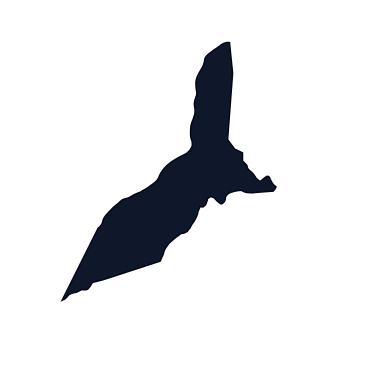 Paix Bouche, Micoud, Saint Lucia, rotated 294°
{"feature_id": "8701671B34451908876457", "entity_name": "Paix Bouche", "entity_type": "district", "adm_level": 2, "iso_a3": "LCA", "parent_name": "Saint Lucia", "parent_adm1": "Micoud", "projection": "albers", "projection_center": [-60.94, 13.815], "detail": "fine", "context": "isolated", "style": "filled", "palette": "ink", "viewbox_px": 384, "rotation_deg": 294, "n_neighbors": 0, "source": "geoboundaries", "source_scale": "gbopen_adm2", "svg_char_len": 4107}
<svg xmlns="http://www.w3.org/2000/svg" viewBox="0 0 384 384"><g transform="rotate(294 192 192)"><path d="M230.9,266.6L231.1,266.0L231.5,264.2L231.6,263.7L233.3,260.9L236.1,257.4L236.9,256.8L237.1,256.0L237.2,255.1L236.7,254.0L235.4,253.2L234.1,252.4L231.2,251.0L230.3,250.6L229.4,249.7L229.7,247.7L230.0,247.0L230.7,245.0L232.8,241.5L233.9,239.4L234.6,237.1L235.3,235.0L235.5,234.5L236.2,233.2L236.8,232.6L238.6,231.3L239.5,229.1L240.3,227.2L240.6,225.7L248.3,222.2L248.5,213.6L254.3,203.2L317.0,180.8L326.4,175.4L343.7,165.5L343.4,164.6L343.3,164.0L342.9,163.4L342.7,163.0L342.5,162.8L341.5,161.5L340.5,160.5L339.2,159.4L337.4,158.3L335.7,157.4L333.1,155.9L330.5,154.2L328.6,153.2L326.8,152.2L326.4,152.0L324.7,151.0L323.8,150.6L323.1,150.4L321.9,149.9L320.4,149.6L319.2,149.6L318.7,149.7L317.9,149.9L316.2,150.3L314.1,150.7L313.1,150.8L312.1,150.9L311.1,150.9L310.6,150.9L309.0,150.7L307.0,150.5L304.0,150.1L300.9,150.0L299.1,149.9L298.1,150.0L297.1,150.2L295.5,150.5L293.8,151.0L293.6,151.1L292.2,151.7L291.4,152.1L290.8,152.4L289.4,153.1L288.2,153.8L287.0,154.6L285.5,155.6L284.2,156.2L283.6,156.5L282.1,156.9L280.7,157.0L280.1,157.0L279.8,157.1L277.4,157.3L276.9,157.4L276.2,157.5L275.1,157.8L274.2,158.0L273.3,158.4L272.7,158.7L271.8,159.2L270.7,159.9L269.7,160.5L269.4,160.7L268.4,161.4L267.3,161.8L266.6,162.1L266.0,162.3L265.0,162.7L263.1,163.1L262.0,163.1L260.2,163.4L259.5,163.4L258.4,163.5L255.5,163.6L251.9,164.2L251.5,164.4L249.8,164.9L248.8,165.3L248.2,165.5L246.0,166.4L245.3,166.7L244.5,167.1L243.9,167.4L242.5,168.1L242.0,168.4L241.0,169.0L240.1,169.9L239.9,170.0L238.8,171.0L238.0,171.8L237.7,171.9L236.0,172.7L234.9,173.3L233.5,173.5L231.9,173.5L231.3,173.4L230.4,173.3L229.6,173.2L228.4,172.8L228.2,172.7L227.5,172.4L227.1,172.3L226.4,172.0L225.3,171.5L224.7,171.1L223.0,169.8L221.5,168.6L219.7,167.0L217.7,165.5L217.3,165.2L216.6,164.7L215.0,163.6L213.7,162.7L213.3,162.4L212.6,162.0L211.9,161.5L210.3,160.6L209.9,160.3L208.6,159.7L206.9,158.8L205.8,158.3L205.1,158.0L204.1,157.7L203.1,157.3L201.3,156.8L197.2,155.9L196.2,155.8L194.0,155.7L191.0,155.8L188.7,155.4L187.1,154.9L186.7,154.8L185.9,154.4L185.0,154.0L183.3,153.0L182.8,152.7L181.4,151.9L180.9,151.6L180.2,151.2L178.8,150.4L177.5,149.7L177.3,149.5L176.2,148.8L176.0,148.6L175.4,148.2L174.0,147.1L172.7,146.2L171.9,145.7L171.2,145.2L170.3,144.4L169.0,143.0L168.5,142.6L168.0,142.1L167.3,141.5L166.8,141.0L165.7,140.0L164.7,139.3L164.3,139.0L163.2,138.3L161.6,137.1L160.4,136.0L160.0,135.5L159.4,134.8L158.4,133.4L157.6,132.6L156.4,131.5L155.5,131.0L153.5,130.1L152.6,129.7L151.4,129.2L148.5,127.7L147.3,127.1L146.3,126.6L144.8,126.0L143.7,125.6L142.2,125.1L140.5,124.4L139.9,124.2L137.7,123.5L135.5,122.8L133.4,122.4L132.3,122.2L130.3,122.2L129.4,122.4L128.9,122.4L127.5,122.7L126.5,122.7L124.8,122.5L124.1,122.3L123.2,122.1L122.8,122.1L121.0,121.1L120.7,121.0L108.1,120.4L40.3,117.4L42.4,119.2L44.4,120.1L47.3,121.0L48.8,121.7L49.3,122.3L50.2,123.0L51.5,124.4L53.5,127.2L55.2,128.7L57.5,130.5L58.2,131.3L58.5,132.6L59.9,135.4L61.0,136.3L63.5,137.0L65.9,137.5L67.6,137.4L68.9,138.1L69.7,138.6L70.6,140.1L72.5,142.4L73.8,144.1L75.4,146.1L115.9,191.0L123.4,191.0L127.2,190.4L130.4,190.7L135.4,191.7L142.4,194.8L149.7,198.9L151.2,201.4L154.2,203.8L155.8,204.0L158.5,204.8L161.9,204.9L165.5,205.7L170.1,206.1L174.3,206.0L176.3,205.4L182.3,205.3L182.2,206.2L182.4,207.1L182.8,207.9L183.2,208.4L184.1,208.8L185.0,209.2L186.4,209.6L187.7,209.6L188.8,209.4L189.9,209.4L191.2,209.1L192.3,208.9L193.3,209.5L194.8,210.4L195.4,211.0L195.5,211.7L195.8,213.2L195.7,214.6L195.5,215.2L195.0,216.3L194.6,217.2L194.1,218.4L193.7,219.6L193.5,220.8L193.0,222.5L193.0,223.3L193.3,223.9L193.6,224.3L194.2,224.6L195.1,224.9L196.3,225.5L197.5,225.5L198.6,225.4L199.5,225.0L200.1,224.8L201.2,224.7L202.1,224.7L202.9,224.9L203.7,225.1L205.2,225.7L205.8,226.2L206.6,226.8L207.5,227.6L208.5,228.8L209.5,229.9L210.2,230.8L211.0,232.0L212.2,233.8L212.7,234.7L213.7,236.6L213.5,237.6L213.5,239.3L213.5,240.3L213.7,241.6L214.1,243.0L216.0,247.9L217.5,250.3L225.9,265.9L229.0,266.6L230.9,266.6Z" fill="#0f172a" stroke="#020617" stroke-width="1.5"/></g></svg>